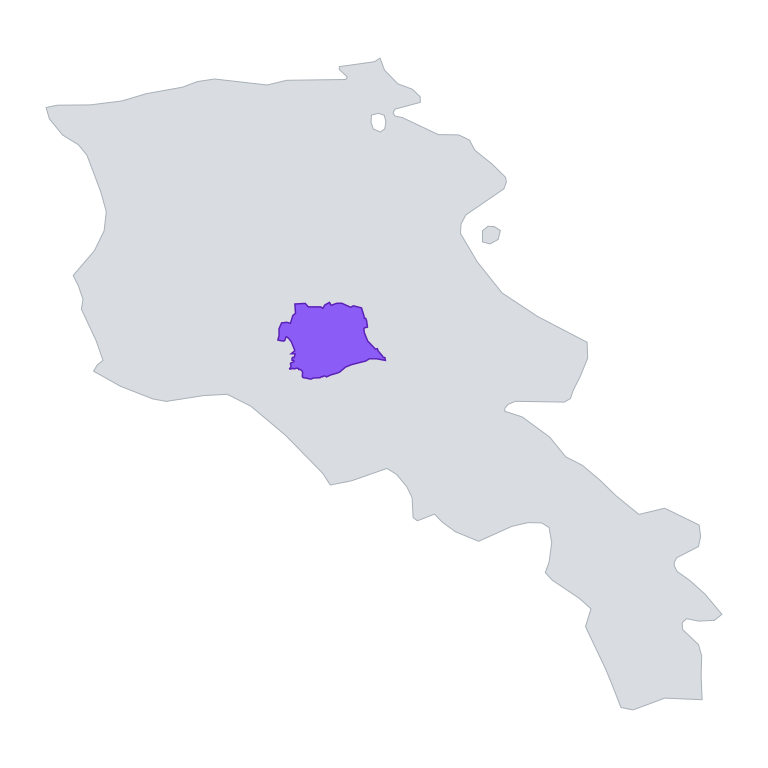 Kotayk, Kotayk, Armenia (highlighted)
{"feature_id": "60910142B27902732275271", "entity_name": "Kotayk", "entity_type": "district", "adm_level": 2, "iso_a3": "ARM", "parent_name": "Armenia", "parent_adm1": "Kotayk", "projection": "natural_earth1", "projection_center": [44.724, 40.239], "detail": "fine", "context": "in_parent", "style": "filled", "palette": "violet", "viewbox_px": 768, "rotation_deg": 0, "n_neighbors": 0, "source": "geoboundaries", "source_scale": "gbopen_adm2", "svg_char_len": 3225}
<svg xmlns="http://www.w3.org/2000/svg" viewBox="0 0 768 768"><path d="M330.3,485.0L322.8,473.4L285.6,435.4L251.0,406.3L227.3,394.3L203.4,395.6L166.3,401.4L152.7,398.9L120.5,386.3L93.6,371.2L97.3,364.9L103.0,360.4L96.2,340.8L81.4,309.2L83.0,299.3L78.3,285.7L73.2,275.4L94.4,250.7L104.1,230.9L106.3,211.6L100.7,191.6L87.0,155.3L78.5,144.8L62.6,135.0L49.4,118.9L46.1,107.5L57.3,105.2L90.0,104.9L121.7,101.0L146.6,93.6L182.5,87.2L197.3,81.6L214.6,79.0L267.1,85.0L286.7,80.3L345.8,79.5L347.4,77.1L339.3,69.5L339.4,66.6L374.6,61.7L380.0,58.1L384.6,70.3L397.8,83.8L412.3,89.2L420.1,96.7L420.4,102.3L394.9,109.2L393.1,112.6L394.8,116.0L402.4,117.6L438.3,134.6L458.7,134.9L469.5,140.1L474.8,150.2L492.0,164.0L505.6,177.4L506.4,182.0L503.9,188.8L465.8,215.0L461.0,224.0L460.5,233.5L477.3,261.9L502.1,293.0L537.8,316.6L587.1,342.3L587.7,358.1L580.0,377.0L573.4,389.8L570.4,398.5L564.4,402.1L515.4,401.3L508.1,404.4L504.9,408.1L504.6,411.2L522.3,417.0L549.8,437.2L565.7,456.8L582.3,465.3L600.8,480.9L615.7,495.5L638.9,514.4L664.6,508.2L699.1,525.0L700.6,536.4L698.5,546.5L676.9,557.6L674.3,562.2L674.3,566.1L677.2,571.5L689.9,580.6L705.0,594.1L721.9,614.3L714.5,620.3L698.8,621.1L686.5,618.7L682.2,622.8L682.5,629.4L698.5,644.7L701.7,655.9L701.1,675.3L702.1,699.7L664.8,698.1L633.0,709.9L621.0,707.5L612.9,686.7L606.0,669.8L585.5,626.6L591.0,608.8L579.6,598.6L552.3,580.2L545.3,572.6L549.1,562.1L551.7,543.0L549.1,527.5L541.7,522.9L528.1,522.6L511.7,526.4L478.6,541.3L455.5,531.8L442.2,522.1L434.5,514.1L417.3,520.8L413.1,517.5L412.1,497.6L406.9,486.9L396.6,474.4L386.9,468.4L351.5,480.8L330.3,485.0ZM384.8,128.9L385.9,121.8L384.3,115.3L378.5,113.3L371.5,115.0L371.0,122.1L373.2,128.9L380.2,132.0L384.8,128.9ZM498.2,239.4L490.1,243.9L482.5,241.9L482.5,230.8L488.0,226.3L494.3,226.6L500.4,230.5L498.2,239.4Z" fill="#d9dde1" stroke="#a8b0b8" stroke-width="1"/><path d="M294.9,304.0L295.5,313.4L292.9,315.4L290.4,323.3L286.7,322.3L281.6,322.9L279.0,328.8L279.1,335.3L277.9,340.0L281.0,340.8L282.8,340.8L283.5,341.2L284.8,340.4L286.1,336.8L286.3,336.8L287.1,337.0L289.2,339.0L291.5,342.2L293.9,348.2L294.6,350.0L294.6,351.0L291.2,353.7L294.2,353.8L295.2,354.0L294.6,355.9L294.1,357.5L292.5,357.4L292.0,358.5L292.0,360.2L293.6,360.3L294.0,361.1L293.7,361.8L291.9,362.5L290.6,363.2L290.5,364.1L291.1,366.1L290.6,367.5L289.6,368.6L289.9,369.1L291.0,369.0L293.0,368.3L293.7,368.8L294.5,368.9L296.1,368.2L297.7,368.3L298.5,368.6L298.7,369.5L299.6,369.4L300.9,369.9L302.1,371.1L302.6,372.3L302.3,376.2L302.7,377.3L304.1,377.9L306.2,378.0L307.9,378.6L309.6,378.8L310.7,379.2L313.4,378.0L320.1,377.7L321.5,376.6L322.3,376.9L323.8,376.0L325.4,376.1L326.5,376.9L330.8,374.9L337.5,373.0L339.9,371.9L340.9,371.0L345.5,367.1L349.9,365.3L351.6,364.6L365.8,361.0L369.3,358.8L376.7,358.8L385.4,360.4L384.9,357.6L383.1,357.2L381.9,355.3L378.1,350.9L377.4,348.7L375.5,349.2L367.6,340.9L364.3,332.6L364.2,331.8L363.9,329.3L363.8,329.0L363.8,328.9L364.5,327.8L367.4,327.2L367.3,325.7L366.6,320.7L365.7,318.3L364.3,318.2L363.9,315.6L362.5,311.2L361.5,307.9L353.3,305.8L350.7,307.3L341.9,303.3L336.7,303.3L331.1,305.3L329.5,302.4L324.9,304.9L322.8,308.3L320.7,306.9L308.4,306.9L305.2,303.4L294.9,304.0Z" fill="#8b5cf6" stroke="#5b21b6" stroke-width="1.5"/></svg>